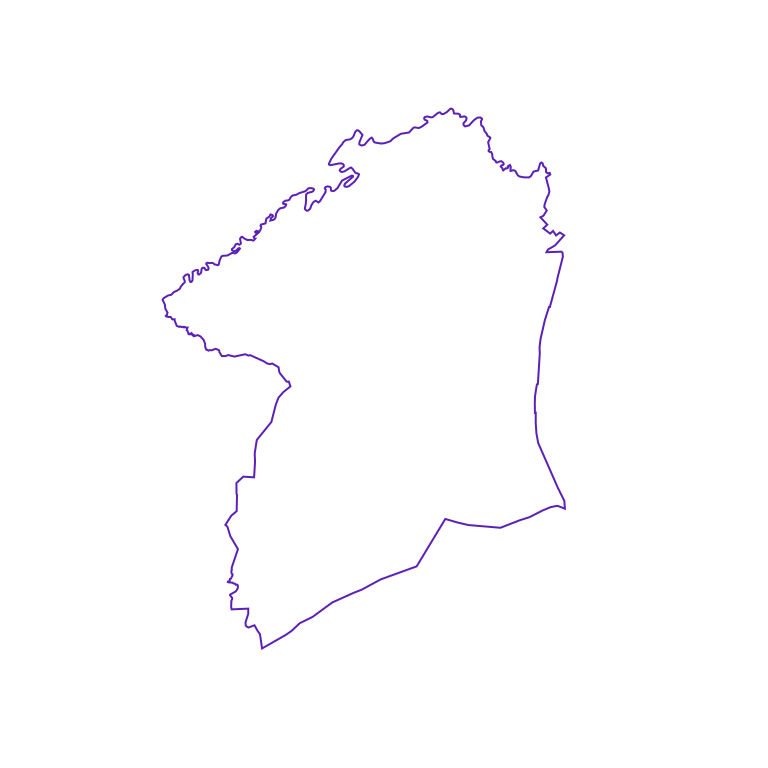 Ozolmuižas pag., Rezeknes, Latvia, rotated 320°
{"feature_id": "27541924B76614576139352", "entity_name": "Ozolmuižas pag.", "entity_type": "district", "adm_level": 2, "iso_a3": "LVA", "parent_name": "Latvia", "parent_adm1": "Rezeknes", "projection": "robinson", "projection_center": [27.259, 56.496], "detail": "fine", "context": "isolated", "style": "outline", "palette": "violet", "viewbox_px": 768, "rotation_deg": 320, "n_neighbors": 0, "source": "geoboundaries", "source_scale": "gbopen_adm2", "svg_char_len": 6166}
<svg xmlns="http://www.w3.org/2000/svg" viewBox="0 0 768 768"><g transform="rotate(320 384 384)"><path d="M602.8,401.5L605.1,398.3L605.0,396.7L593.2,387.5L596.0,386.4L604.1,387.8L617.6,385.9L616.1,381.0L611.3,380.8L611.9,375.4L608.0,375.6L606.0,367.2L611.5,366.9L611.0,356.8L614.3,357.6L620.2,355.7L620.6,351.4L622.6,349.6L629.3,345.6L631.0,345.2L634.4,342.9L636.3,339.5L640.8,329.9L646.0,330.4L646.6,328.8L644.8,327.8L644.4,325.9L646.7,322.8L646.2,319.3L647.4,316.8L646.9,315.5L645.4,315.4L639.3,319.5L635.1,317.4L630.4,319.1L627.9,319.0L624.2,315.8L621.3,312.3L620.7,310.8L620.7,309.6L621.6,305.1L620.4,303.2L618.0,302.3L617.9,301.9L620.8,299.0L621.2,297.1L618.7,296.9L618.6,297.7L617.5,298.1L616.4,297.7L616.0,297.0L612.6,297.0L612.5,296.6L613.1,295.8L613.4,294.0L613.2,292.4L614.3,292.0L616.2,292.8L617.0,292.6L617.6,291.2L617.2,288.9L615.8,287.9L612.8,287.0L612.4,286.2L612.9,285.0L612.2,281.7L613.5,278.9L614.6,277.7L615.2,275.1L614.2,274.2L613.8,273.1L614.3,272.2L615.9,272.0L619.2,265.7L623.5,264.0L623.8,263.4L622.8,260.1L623.5,258.8L623.6,254.8L625.2,251.2L624.8,248.4L627.0,245.2L629.5,244.1L629.6,243.5L629.0,241.6L626.6,240.0L622.3,239.7L615.4,240.6L611.7,238.8L611.4,237.1L612.3,235.4L616.3,234.8L618.1,233.5L618.4,232.6L617.8,230.8L614.3,228.7L614.1,228.1L615.3,226.4L614.7,224.8L611.5,221.7L613.0,219.0L613.2,217.6L612.6,216.4L611.7,215.8L606.9,216.1L603.4,215.5L602.0,214.7L601.6,213.7L601.5,211.9L600.8,211.5L599.4,211.0L592.9,210.9L591.2,209.8L589.2,206.9L587.0,205.8L586.0,205.9L585.3,206.6L585.2,208.0L586.3,210.2L585.4,211.6L578.2,211.1L575.2,210.3L572.5,207.2L571.4,206.6L564.8,207.4L557.8,203.2L549.1,201.8L544.9,202.1L539.4,200.0L536.2,197.8L532.2,193.1L531.9,191.9L533.0,188.8L533.0,187.4L530.6,187.0L522.8,188.2L520.4,187.1L519.4,185.7L519.2,184.4L520.7,182.9L527.6,179.4L527.6,174.6L527.1,172.9L526.3,172.2L524.2,172.3L519.4,174.8L517.2,175.1L515.1,174.7L511.5,172.5L508.1,172.6L506.2,173.4L502.5,173.9L488.6,177.5L483.3,179.9L482.9,180.5L483.7,182.0L491.4,186.2L493.1,187.6L494.0,189.2L494.0,190.2L493.0,191.5L488.8,191.3L487.4,191.9L487.2,193.0L488.1,194.6L490.4,195.7L497.1,196.6L498.0,197.1L498.2,199.4L497.8,203.3L498.1,204.5L499.7,206.6L499.6,207.3L497.4,208.6L491.5,210.0L484.4,209.9L482.2,209.1L480.8,207.3L481.4,206.2L483.0,205.4L493.4,205.3L494.0,204.5L493.2,203.6L482.6,201.2L474.4,204.0L470.3,204.1L468.7,203.3L467.9,202.2L468.0,201.3L469.4,199.5L469.3,198.1L467.7,196.3L465.9,195.5L464.4,196.1L464.2,197.8L462.4,199.5L452.4,202.8L450.5,202.8L449.5,199.8L447.3,199.2L443.7,200.2L440.0,202.3L437.0,202.3L436.3,201.7L435.8,199.9L436.1,198.8L440.8,194.9L446.1,188.8L448.4,188.6L452.3,190.5L453.7,190.7L455.3,190.2L455.6,189.1L454.0,187.0L452.0,185.5L447.8,185.8L441.7,183.3L438.6,182.7L435.0,180.8L432.8,180.9L429.8,182.0L428.0,181.4L426.6,180.3L423.9,179.9L423.1,180.3L422.7,181.1L424.5,183.5L423.2,184.4L421.0,184.6L417.4,182.7L415.1,182.7L410.9,184.1L408.6,186.3L406.5,187.3L405.0,187.2L402.0,185.8L404.0,184.3L406.9,184.2L407.2,183.0L406.0,181.1L403.8,182.1L400.2,181.7L396.4,184.8L392.3,182.8L391.1,183.4L391.1,184.4L390.5,185.4L387.5,186.9L385.8,186.4L384.7,184.7L383.1,184.6L382.8,185.3L383.1,185.7L383.8,186.3L385.4,186.5L385.5,187.4L378.7,187.5L378.3,189.4L378.8,189.9L376.5,190.3L375.7,189.8L375.0,188.3L371.8,185.8L370.4,182.3L370.0,180.1L369.1,179.7L367.0,180.2L364.9,184.2L364.3,184.5L362.8,184.4L361.8,182.3L360.1,181.7L357.4,182.9L354.3,182.9L353.6,183.7L354.0,185.2L354.5,185.9L356.3,186.7L359.4,186.5L360.7,187.0L360.7,187.6L356.1,188.7L353.7,188.2L352.8,186.7L351.7,185.9L346.6,184.9L342.8,182.1L341.4,181.8L337.8,183.5L334.1,186.3L333.2,186.2L331.1,183.5L330.8,181.7L330.1,180.6L328.1,179.3L326.7,177.6L325.7,177.3L325.0,177.7L324.6,181.2L323.9,182.8L322.9,183.4L320.9,182.4L320.7,181.3L321.1,179.7L319.9,178.4L318.4,178.5L315.4,181.2L312.7,181.3L312.2,180.8L312.5,179.2L314.1,178.2L314.6,176.9L313.7,176.1L311.4,175.3L309.2,175.2L308.0,177.1L303.9,181.5L302.2,182.0L301.3,181.5L301.6,179.8L304.7,174.9L304.2,173.8L302.2,173.0L299.3,173.2L298.5,174.0L297.6,177.1L296.9,177.9L291.5,178.6L288.7,179.8L285.5,179.5L282.1,178.5L278.4,178.9L275.5,177.4L270.3,176.6L268.5,177.2L267.2,182.2L264.9,185.8L264.0,190.2L262.2,191.4L260.6,191.6L260.8,192.5L261.4,192.9L261.6,193.8L263.7,195.5L263.4,198.5L265.2,199.8L264.4,200.9L262.6,206.2L263.9,208.7L264.9,208.9L265.6,210.3L266.9,211.1L267.1,212.1L267.9,212.1L269.0,214.1L269.7,214.5L267.5,215.9L267.7,216.8L266.8,219.0L267.0,219.5L266.4,220.2L267.1,221.0L268.6,221.2L268.1,221.7L269.3,222.3L268.8,223.1L269.6,223.9L268.9,224.3L269.0,225.2L272.8,226.8L274.0,229.7L274.2,234.1L272.8,238.3L270.9,240.6L269.9,243.5L270.5,244.0L270.9,245.6L272.1,245.9L273.8,247.5L277.5,248.7L278.7,250.7L279.3,252.3L278.4,253.7L277.7,258.4L280.8,260.9L283.2,261.6L287.0,266.8L296.8,272.0L298.4,275.1L300.0,275.8L306.4,289.1L307.7,293.2L309.4,295.5L311.5,296.4L314.0,303.4L311.6,307.3L311.2,308.9L310.9,319.1L311.3,320.1L312.6,321.0L310.8,325.7L301.6,325.5L294.2,326.7L287.8,330.3L273.3,340.7L250.6,345.1L240.4,354.0L235.1,360.8L224.5,372.0L216.6,364.5L207.3,365.0L200.4,373.4L200.1,374.5L189.4,386.7L182.4,386.7L171.9,390.0L172.3,392.2L172.1,393.2L168.4,402.0L166.0,416.6L149.4,426.7L147.8,428.7L147.4,428.7L145.9,430.3L145.4,431.7L145.7,432.2L144.9,433.3L141.6,434.7L140.7,434.3L139.2,435.6L137.4,435.1L137.0,435.4L137.2,435.8L140.4,439.0L140.3,439.7L141.6,441.6L141.4,442.5L142.5,443.2L142.6,444.3L141.0,446.2L139.8,446.9L137.0,447.6L130.7,446.4L130.3,446.8L130.2,450.3L129.2,451.3L127.8,451.9L123.8,456.3L122.4,458.7L135.6,468.8L132.3,472.8L124.7,477.6L122.9,480.0L122.9,481.4L123.6,483.4L129.7,485.6L128.4,492.3L128.2,495.9L120.6,508.2L147.8,513.1L154.3,513.7L165.8,513.1L179.6,516.5L204.0,518.1L226.6,524.5L234.6,527.2L256.0,531.6L291.8,544.7L344.2,526.8L351.4,537.5L358.0,546.3L380.8,569.0L400.3,575.6L409.8,579.5L424.1,582.8L432.4,585.4L438.0,588.4L439.0,589.5L442.4,595.8L447.0,589.5L450.5,575.1L464.2,528.3L468.9,520.0L474.9,511.7L481.8,503.5L481.1,503.1L487.3,495.5L491.6,490.7L496.4,486.4L500.9,482.6L501.9,482.9L523.1,460.6L526.7,455.9L532.9,450.1L548.1,438.6L560.0,431.0L560.6,431.6L583.7,415.6L584.5,414.7L602.8,401.5Z" fill="none" stroke="#5b21b6" stroke-width="2"/></g></svg>